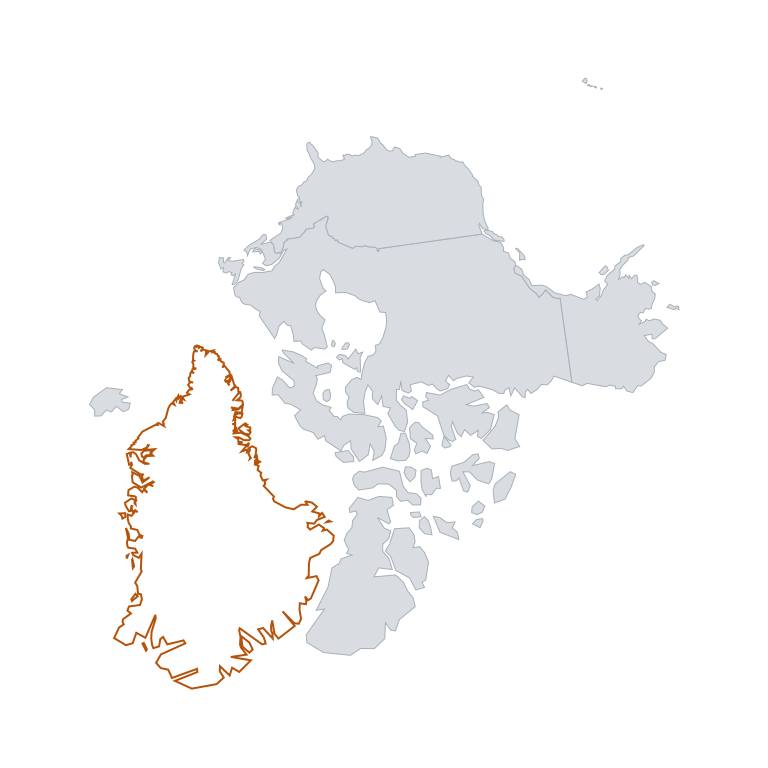 map of Greenland with Canada, United States of America and Iceland greyed out, rotated 172°
{"feature_id": "GRL", "entity_name": "Greenland", "entity_type": "country or territory", "adm_level": 0, "iso_a3": "GRL", "parent_name": "North America", "parent_adm1": "", "projection": "mercator", "projection_center": [-41.68, 71.708], "detail": "fine", "context": "with_neighbors", "style": "outline", "palette": "amber", "viewbox_px": 768, "rotation_deg": 172, "n_neighbors": 3, "source": "natural_earth", "source_scale": "50m", "svg_char_len": 18431}
<svg xmlns="http://www.w3.org/2000/svg" viewBox="0 0 768 768"><g transform="rotate(172 384 384)"><path d="M266.1,518.8L255.6,510.6L248.8,508.1L246.7,502.8L247.2,499.0L242.4,496.4L241.7,491.3L237.2,486.6L237.1,483.3L239.2,480.1L239.1,475.9L232.7,471.6L226.4,458.5L220.4,452.3L218.4,448.4L214.7,450.8L211.0,454.9L205.0,446.8L201.3,444.7L197.6,444.5L197.6,359.5L214.6,368.2L217.9,363.8L222.4,360.4L228.1,361.7L233.7,356.9L239.9,354.2L242.5,358.7L245.3,356.2L246.1,350.9L248.7,352.1L255.1,362.0L260.1,354.6L260.7,362.9L265.3,361.1L266.7,357.9L271.3,358.5L277.1,363.1L285.9,367.0L291.1,368.8L294.8,368.1L299.9,373.3L294.6,378.4L301.4,380.5L311.6,379.3L314.8,377.6L318.8,383.6L322.9,378.5L319.1,374.2L321.5,370.7L329.1,369.2L332.2,371.7L336.0,377.2L340.2,376.4L346.8,380.9L358.2,379.6L357.8,373.3L361.1,371.5L367.0,375.0L367.0,384.4L369.4,376.5L372.4,376.8L374.1,366.4L370.1,359.8L365.6,355.3L365.9,342.7L370.4,334.1L375.4,336.0L379.2,341.3L384.3,354.2L381.0,359.6L388.0,361.8L388.0,372.6L393.0,364.4L397.5,371.1L396.4,378.7L400.1,385.3L404.0,378.2L406.8,369.4L407.0,357.6L417.9,360.1L423.0,365.4L423.2,370.6L420.4,376.1L423.1,381.4L422.6,386.2L415.2,392.9L409.9,394.3L406.0,391.5L404.9,396.2L400.2,407.8L395.8,413.7L390.4,414.3L387.4,417.9L387.2,423.4L382.8,424.4L378.2,431.0L374.1,439.9L372.6,446.0L372.4,454.6L377.9,455.8L381.4,467.9L386.7,466.5L393.7,469.5L397.5,472.1L400.2,475.3L408.9,480.0L419.2,481.0L418.6,486.7L419.8,493.1L422.5,500.1L428.1,505.9L431.0,503.9L433.1,497.6L431.1,487.6L428.5,484.2L434.5,481.1L438.8,476.4L440.9,471.7L440.6,467.1L438.0,461.1L433.4,455.7L437.9,447.9L436.2,441.0L435.0,428.7L437.6,426.8L447.9,429.8L451.1,427.6L459.2,435.0L460.4,438.1L467.1,438.7L467.0,445.1L468.2,454.6L471.7,455.7L474.4,460.0L479.9,455.9L483.5,447.8L486.0,444.3L498.0,468.7L496.5,473.0L501.5,476.8L504.9,480.7L510.9,482.4L513.4,484.4L514.9,489.9L517.8,490.8L519.3,493.1L519.6,500.1L514.1,504.6L507.9,506.7L503.2,511.6L496.8,512.6L488.7,511.3L479.1,511.7L476.0,515.9L471.2,518.5L461.4,531.1L464.6,530.2L470.6,522.8L478.6,518.1L484.2,517.5L487.5,520.3L484.0,524.1L486.4,534.3L491.3,537.0L497.6,536.2L501.3,530.1L501.6,534.1L504.0,536.0L499.4,539.6L487.3,544.9L483.0,548.7L480.2,548.3L480.0,543.8L486.6,539.4L476.4,540.3L473.9,537.2L473.9,529.8L472.2,528.2L469.7,529.1L468.4,527.6L465.6,531.8L463.1,538.5L460.2,539.6L459.9,541.0L447.2,541.0L441.0,546.2L439.8,548.2L432.6,548.3L430.9,549.1L431.8,552.2L426.9,554.7L423.0,555.5L418.6,558.3L416.0,556.7L419.7,548.5L418.2,539.1L414.3,536.6L414.7,535.6L413.1,535.0L412.2,532.8L410.4,533.2L410.7,532.7L409.8,532.1L409.4,530.7L396.2,522.8L392.8,524.4L386.9,523.0L383.9,523.8L380.2,522.0L373.7,520.7L372.6,519.8L371.9,516.6L370.6,516.6L370.6,518.8L266.1,518.8ZM412.7,427.6L415.5,423.8L420.7,423.9L420.6,425.5L416.2,430.0L413.6,429.8L412.7,427.6ZM428.7,323.1L424.5,316.2L424.7,311.4L435.1,312.0L441.6,319.2L442.0,322.8L428.7,323.1ZM426.6,430.5L428.1,428.1L429.6,428.3L430.6,430.0L429.1,434.2L427.4,433.5L426.6,430.5ZM376.4,293.4L374.4,299.0L368.9,298.0L364.3,294.2L366.3,287.6L371.8,283.5L375.1,288.8L376.4,293.4ZM375.6,253.0L366.8,252.4L365.8,247.4L373.4,247.7L376.0,251.0L375.6,253.0ZM364.6,230.1L369.1,236.7L368.1,243.4L362.5,247.1L359.4,242.9L357.8,236.0L357.5,228.0L364.6,230.1ZM397.1,301.8L380.9,295.5L379.2,279.9L375.4,273.0L367.6,271.1L363.2,266.0L364.6,259.2L372.4,260.2L376.6,265.6L384.0,265.6L387.3,270.9L386.4,276.9L393.1,284.1L403.7,286.0L409.7,282.7L423.6,282.5L427.6,288.2L428.4,294.3L426.1,298.1L420.5,301.1L415.6,299.4L397.1,301.8ZM309.8,241.7L315.1,244.5L313.9,249.9L306.8,254.9L301.3,249.3L304.3,243.5L309.8,241.7ZM308.9,228.5L315.9,233.2L311.3,236.9L305.0,236.9L305.1,234.2L308.9,228.5ZM520.6,503.6L515.4,514.1L517.8,512.2L520.4,513.4L519.1,515.5L522.4,517.0L524.1,515.6L527.9,517.4L526.7,521.6L529.4,520.6L531.0,527.2L529.4,532.0L525.3,531.2L526.1,526.7L525.0,525.9L520.6,530.8L518.4,530.6L521.1,528.0L517.4,526.6L506.1,526.8L505.5,525.1L507.8,523.1L506.2,521.6L509.4,518.1L513.3,508.8L515.6,505.4L518.9,503.3L520.6,503.6ZM411.0,402.5L421.6,410.7L421.9,414.8L424.7,414.1L427.4,416.9L424.1,419.6L418.2,417.6L416.1,413.7L407.0,422.6L405.7,417.7L400.6,418.5L403.8,414.3L405.6,399.1L408.3,399.9L409.0,403.9L411.0,402.5ZM432.4,328.8L436.0,323.8L449.6,335.9L450.1,341.1L457.1,338.5L461.0,345.9L470.1,350.5L473.4,355.0L477.0,365.1L470.1,370.0L478.9,376.7L484.9,378.9L490.4,388.0L496.3,388.6L495.1,395.2L488.5,405.8L483.9,402.0L477.9,393.1L473.0,394.3L472.6,399.6L483.2,411.3L485.7,419.8L484.4,425.8L470.1,416.8L479.4,429.0L480.0,431.8L469.8,428.6L461.7,423.8L457.1,419.7L458.4,417.3L447.3,408.7L447.4,411.2L436.5,412.6L433.3,409.6L435.7,403.1L450.6,401.7L449.3,398.5L450.7,393.8L455.5,384.5L453.1,376.7L447.3,371.7L439.6,368.2L442.0,365.5L438.0,358.9L434.7,358.2L431.7,354.5L429.7,357.7L422.9,359.1L409.1,356.7L395.0,351.7L391.9,347.8L395.9,342.5L390.5,342.4L389.3,330.2L392.2,318.9L396.1,313.5L405.8,309.9L403.0,318.5L406.0,326.5L409.5,316.1L419.1,310.7L425.5,324.2L425.0,332.4L432.4,328.8ZM373.1,305.4L380.9,305.9L388.1,309.2L382.5,321.0L378.0,323.5L374.0,332.8L369.7,332.4L367.3,321.3L367.4,314.8L369.3,309.1L373.1,305.4ZM266.1,276.2L272.5,264.2L280.2,253.1L291.2,250.8L290.7,263.9L287.8,269.6L271.2,279.6L266.1,276.2ZM228.9,488.2L232.5,487.7L231.4,494.9L234.7,499.9L233.2,499.9L227.6,492.2L226.9,489.5L227.1,487.4L228.9,488.2ZM331.6,219.5L349.2,229.4L353.6,246.1L347.4,244.1L341.2,238.1L332.8,237.4L336.4,231.8L331.9,227.1L331.6,219.5ZM263.6,521.7L261.7,522.4L255.5,519.9L254.4,517.8L251.0,515.8L250.3,514.1L246.4,513.1L245.0,509.9L245.3,508.5L255.1,511.3L258.3,516.1L262.0,518.5L263.6,521.7ZM271.0,301.0L276.4,303.9L286.1,304.7L293.8,314.3L279.8,326.7L275.1,335.3L275.1,340.5L265.2,346.2L263.2,341.0L254.5,334.7L262.0,311.6L258.3,303.2L271.0,301.0ZM322.8,280.5L326.2,277.9L330.1,278.5L330.8,286.0L328.5,293.1L315.7,295.3L306.2,301.5L300.5,301.8L300.0,297.2L307.8,290.8L290.8,292.5L285.5,289.9L290.6,274.9L294.2,270.5L304.8,275.9L311.5,285.0L318.1,286.1L312.7,271.3L316.2,265.3L320.1,267.2L322.8,280.5ZM327.7,319.6L331.9,324.8L335.5,345.1L348.6,356.1L348.2,360.9L342.0,361.7L344.4,365.8L343.2,369.7L329.8,365.2L318.4,369.4L302.1,371.9L300.0,367.0L294.9,364.1L291.5,365.3L286.9,356.8L305.5,352.2L298.2,349.6L284.8,350.3L282.8,346.1L291.5,341.4L285.7,341.6L279.1,338.4L284.9,324.3L295.0,316.5L298.9,319.0L297.0,325.0L305.4,321.1L310.6,327.6L314.9,321.1L318.3,325.3L321.4,337.3L323.3,332.3L320.6,319.4L324.0,317.5L327.7,319.6ZM350.7,324.3L346.5,315.9L351.0,309.4L355.5,312.2L362.2,310.5L363.2,314.4L359.7,320.7L365.4,326.2L364.7,337.2L358.5,341.8L354.9,340.8L352.3,336.3L342.9,326.8L343.0,322.7L350.7,324.3ZM327.4,312.7L332.5,312.1L335.3,315.1L332.0,323.6L326.1,314.5L327.4,312.7ZM358.0,266.5L360.9,274.0L361.0,282.0L359.3,293.1L353.1,294.6L349.0,292.3L349.1,283.6L342.9,284.8L342.6,272.8L346.7,273.3L352.4,267.7L357.7,268.7L358.0,266.5ZM364.7,201.3L370.0,184.1L373.8,182.4L372.2,176.9L381.0,175.6L385.8,188.5L398.3,197.7L401.3,212.0L405.9,218.7L400.7,224.7L393.7,239.2L379.2,238.1L375.2,230.4L375.2,223.2L378.2,217.9L371.3,218.0L367.1,211.1L364.7,201.3ZM384.1,159.2L401.5,148.6L407.1,137.9L411.7,139.4L415.8,147.5L418.7,131.7L430.4,123.3L444.0,125.4L454.9,120.0L481.3,126.5L496.3,138.6L496.1,146.3L474.4,169.4L482.6,169.3L467.6,190.9L461.1,209.1L453.3,212.6L450.9,216.8L439.5,219.0L444.7,221.6L442.1,225.1L445.2,234.7L441.6,241.1L435.8,246.3L434.0,253.2L428.7,258.3L429.2,262.2L435.7,261.5L435.8,265.6L425.7,275.3L415.8,270.9L404.7,273.4L392.0,270.6L391.5,262.7L398.5,258.9L396.6,246.3L398.9,245.0L409.0,252.7L403.9,241.2L397.8,237.6L400.8,230.2L407.5,225.6L408.6,218.6L403.3,210.4L401.6,199.2L414.9,202.6L420.8,194.4L399.1,193.3L392.5,185.3L389.3,175.5L384.9,168.1L384.1,159.2ZM445.9,382.9L443.4,385.8L439.2,386.3L438.2,381.5L439.8,375.9L443.3,374.5L446.2,377.3L445.9,382.9ZM366.5,361.9L368.8,366.0L366.4,369.6L361.3,366.5L358.2,367.6L353.1,362.9L359.1,354.7L366.5,361.9ZM486.2,513.8L487.5,513.3L492.5,514.8L496.4,517.2L496.5,518.2L489.7,516.5L486.2,513.8ZM488.1,529.9L489.5,532.6L495.7,533.2L493.8,535.4L492.4,535.8L487.7,533.5L486.7,531.6L488.1,529.9Z" fill="#d9dde1" stroke="#a8b0b8" stroke-width="1"/><path d="M266.1,518.8L370.6,518.8L370.6,516.6L371.9,516.6L372.6,519.8L373.7,520.7L380.2,522.0L383.9,523.8L386.9,523.0L392.8,524.4L396.2,522.8L409.4,530.7L409.8,532.1L410.7,532.7L410.4,533.2L412.2,532.8L413.1,535.0L414.7,535.6L414.3,536.6L418.2,539.1L419.7,548.5L416.0,556.2L416.4,557.5L417.7,558.3L431.8,552.2L430.9,549.1L432.6,548.3L439.8,548.2L441.0,546.2L447.2,541.0L459.9,541.0L460.2,539.6L463.1,538.5L465.6,531.8L468.4,527.6L469.7,529.1L472.2,528.2L473.9,529.8L473.9,537.2L477.0,542.0L465.1,547.9L462.5,552.2L462.4,554.9L463.7,557.6L465.2,557.7L464.9,555.9L466.0,557.0L465.7,558.5L454.7,560.5L451.5,562.0L457.1,561.1L458.2,562.0L452.9,563.5L450.5,563.5L450.6,562.9L449.5,564.3L450.6,564.5L449.8,568.0L447.0,571.8L446.8,570.6L444.7,569.1L445.5,571.7L446.4,572.6L446.5,574.4L443.1,580.1L444.0,576.6L442.0,574.8L441.6,570.8L440.9,572.9L441.7,575.9L439.2,575.2L441.8,576.7L441.9,581.2L443.0,581.6L443.9,587.9L441.5,591.3L437.6,592.7L435.2,595.3L433.3,595.6L431.4,597.3L430.8,598.8L426.7,601.7L422.8,606.5L422.2,609.6L422.9,612.6L425.8,619.4L425.8,621.3L427.6,626.2L427.3,630.7L426.4,633.2L425.2,633.8L423.4,633.2L422.8,631.4L421.4,630.5L417.0,621.9L417.8,619.1L416.8,616.7L413.8,613.1L412.3,612.4L408.5,614.4L406.0,612.1L403.7,611.1L399.4,611.6L396.0,611.1L391.6,612.1L392.3,613.3L392.2,615.0L393.0,615.9L392.3,616.5L390.9,615.8L389.5,616.6L386.7,616.5L383.9,614.2L380.6,614.8L377.9,613.7L372.4,615.1L368.9,618.3L365.2,620.1L363.1,622.2L362.3,624.1L362.2,627.0L363.1,630.5L361.7,630.6L356.0,628.4L354.1,623.4L351.9,621.0L348.7,615.5L346.1,613.8L343.0,613.8L340.6,617.3L337.5,616.0L335.5,614.7L333.3,610.0L327.8,605.1L321.2,605.1L321.2,606.9L310.7,606.9L296.4,601.7L296.8,600.8L287.7,601.6L287.1,599.3L284.6,596.7L282.8,596.2L282.4,594.9L280.3,594.6L279.0,593.4L275.5,593.0L274.5,592.2L274.0,589.7L270.4,585.0L267.2,578.5L267.4,577.4L262.8,571.7L262.3,567.8L260.3,565.1L261.1,560.9L260.9,556.6L259.7,552.7L261.2,547.8L262.1,538.2L261.5,530.9L259.2,523.5L259.6,522.4L265.1,524.3L267.1,529.6L268.0,528.1L266.1,518.8ZM197.6,359.5L197.6,444.5L201.3,444.7L205.0,446.8L211.0,454.9L214.7,450.8L218.4,448.4L220.4,452.3L226.4,458.5L232.7,471.6L239.1,475.9L239.2,480.1L237.1,483.3L231.7,478.7L230.6,472.8L225.8,467.3L223.7,460.6L214.1,460.0L209.7,457.9L201.9,450.3L191.7,446.2L186.4,446.8L174.5,440.0L170.3,441.7L171.1,447.0L164.7,449.0L157.2,453.1L156.6,448.7L158.3,441.3L162.3,438.9L161.3,436.9L156.5,441.3L153.9,446.3L148.5,451.7L151.2,455.2L147.7,460.4L139.8,465.5L138.9,468.6L133.0,472.2L131.8,475.4L127.4,478.2L124.8,477.7L114.3,484.0L107.8,485.9L107.2,484.8L119.1,476.0L123.8,475.3L125.6,472.5L130.9,468.4L134.5,464.5L135.1,459.1L137.1,454.8L132.7,457.0L131.5,455.8L129.4,458.4L127.0,454.7L126.0,457.4L124.5,453.7L120.8,456.6L118.5,456.6L118.1,452.3L118.8,449.6L116.4,446.9L111.5,448.3L105.7,443.0L105.7,438.6L102.8,435.2L104.2,430.6L107.3,426.1L108.7,421.8L111.7,421.2L114.3,422.6L117.4,418.5L120.1,419.2L123.0,416.6L122.3,412.7L120.2,411.1L123.0,407.7L116.6,409.7L115.5,411.7L112.5,409.7L107.2,410.7L101.6,408.6L100.1,405.0L95.3,399.8L109.0,391.3L112.1,391.3L111.6,396.0L119.6,395.7L116.5,389.8L111.8,386.1L105.5,377.0L100.4,373.8L102.5,368.3L109.2,368.0L113.9,363.2L114.8,357.9L118.7,352.6L129.5,346.3L133.0,347.0L138.8,340.8L144.5,343.3L147.2,348.5L148.9,346.3L155.3,347.0L155.1,349.6L160.8,351.5L164.7,350.4L182.8,356.4L187.8,354.6L197.6,359.5ZM81.6,416.5L83.9,418.1L86.3,417.2L93.1,420.6L89.9,423.3L85.6,419.9L82.3,420.4L81.4,419.7L81.6,416.5ZM143.2,654.2L145.5,656.5L142.2,658.9L141.2,658.3L140.7,655.7L141.6,654.6L141.5,653.4L143.2,654.2ZM141.0,651.4L139.4,652.2L138.3,650.8L138.7,650.4L141.0,651.4ZM138.1,649.8L138.0,650.2L136.0,650.1L136.3,649.6L138.1,649.8ZM133.3,647.6L134.7,649.2L134.5,649.4L133.0,649.2L132.3,648.1L133.3,647.6ZM128.3,645.6L127.9,646.9L126.6,646.2L127.4,645.5L128.3,645.6ZM101.5,443.9L104.5,444.6L104.8,447.5L102.5,448.7L97.8,445.2L101.5,443.9ZM151.4,461.7L153.9,462.2L155.5,464.4L148.5,470.3L146.6,468.5L146.0,465.3L151.4,461.7Z" fill="#d9dde1" stroke="#a8b0b8" stroke-width="1"/><path d="M675.0,392.5L674.1,398.5L678.4,404.7L673.5,411.4L659.3,418.9L643.8,414.9L647.5,411.1L639.3,406.8L646.0,405.1L645.8,402.4L637.9,400.3L640.5,394.3L646.2,392.9L652.1,399.2L657.8,394.2L662.6,396.8L668.7,391.8L675.0,392.5Z" fill="#d9dde1" stroke="#a8b0b8" stroke-width="1"/><path d="M616.7,109.1L632.4,119.1L609.0,124.7L608.8,127.9L634.9,122.4L637.4,131.1L644.7,133.8L648.5,139.6L642.5,147.3L616.9,154.8L618.2,158.0L634.8,156.3L638.0,164.3L641.1,162.4L643.2,155.5L649.2,154.5L650.0,158.1L649.9,164.4L648.6,171.1L642.7,183.7L642.5,187.2L655.6,165.9L663.9,172.1L668.9,162.3L676.0,161.3L686.6,170.0L680.2,179.8L675.2,182.1L676.0,185.0L675.0,187.5L666.5,192.0L669.6,195.3L667.5,199.2L656.4,199.1L653.7,204.5L654.0,209.6L656.7,210.5L656.5,218.5L658.1,221.9L650.0,232.2L650.6,234.1L647.7,249.7L651.0,246.0L656.2,249.5L656.9,251.9L651.7,251.3L653.4,255.6L660.1,257.5L660.7,259.7L660.5,263.2L659.5,265.8L652.4,263.2L648.2,267.1L645.4,265.3L644.4,267.2L647.2,268.9L648.6,273.8L654.8,276.2L654.4,278.1L656.1,281.8L656.5,285.8L656.0,290.5L652.4,288.5L648.0,292.8L645.8,291.4L647.9,293.7L650.5,292.1L651.3,296.0L650.3,298.1L651.0,298.4L652.7,293.5L654.3,293.5L656.9,299.7L657.0,302.5L650.0,305.8L646.9,303.9L647.6,300.6L646.8,299.4L646.8,301.9L645.4,303.3L646.0,304.4L645.4,306.4L646.2,307.4L652.9,309.3L651.8,314.5L645.4,317.1L642.0,315.4L638.6,310.5L636.6,312.7L633.4,309.3L636.2,313.5L631.4,317.3L626.8,314.9L629.6,317.3L625.7,318.8L626.5,319.7L638.7,315.2L646.6,321.6L646.4,328.2L645.6,328.9L645.6,331.7L638.9,326.9L636.8,320.1L629.1,324.2L636.1,321.8L636.5,326.9L634.6,328.3L637.0,327.9L646.9,336.2L644.8,339.1L644.9,340.5L645.1,342.1L645.6,339.9L647.6,339.4L648.5,350.4L645.3,351.2L645.1,346.6L644.1,351.4L641.7,351.3L639.3,349.0L637.0,342.4L632.0,338.3L627.5,337.6L632.2,339.4L632.9,341.9L628.9,345.6L622.6,345.1L624.1,346.9L623.5,349.0L620.0,351.4L629.7,351.9L625.5,356.0L626.4,356.4L627.7,354.1L633.4,352.4L645.9,355.1L642.6,357.6L642.7,358.6L639.7,359.2L640.1,360.8L638.0,360.9L638.0,362.4L634.7,364.3L635.0,365.4L629.8,370.5L615.8,375.4L613.8,374.9L614.2,376.2L612.8,376.8L607.7,373.0L608.3,374.8L607.6,375.2L608.3,377.5L604.8,380.8L601.0,389.9L599.0,392.7L596.9,394.4L594.4,392.6L595.3,395.4L592.4,398.3L591.9,396.7L591.4,398.7L589.9,397.9L587.2,400.5L586.3,399.4L589.0,393.9L585.7,393.1L587.3,394.3L585.8,397.6L584.4,396.6L585.6,399.4L578.1,400.8L580.4,402.8L577.8,405.4L574.7,405.5L575.1,407.0L576.3,406.6L578.1,410.4L575.8,412.7L572.8,412.0L576.4,413.5L576.7,417.0L574.8,418.8L574.6,420.8L573.5,422.5L570.6,421.3L572.6,423.3L571.6,425.2L567.7,425.4L570.6,426.6L570.0,430.0L570.8,432.4L569.0,433.5L570.0,433.8L568.5,440.9L567.3,442.8L564.0,442.3L566.6,443.8L567.0,446.3L566.2,447.4L563.8,446.6L565.0,447.9L564.0,448.2L562.1,447.4L562.8,444.7L561.4,446.7L558.5,445.3L558.5,444.0L560.0,443.3L560.8,441.7L558.5,443.4L556.0,442.1L555.6,440.9L556.6,437.4L552.8,440.6L547.9,440.9L549.4,439.2L547.1,439.1L547.0,437.7L545.1,437.0L544.6,435.0L543.7,434.5L544.1,433.7L543.4,432.1L545.5,430.6L542.5,431.2L542.7,429.4L539.8,427.4L539.9,425.4L541.8,422.7L539.6,424.5L535.5,417.7L535.2,414.5L540.0,412.8L539.2,412.8L539.4,411.9L535.2,413.8L534.6,412.8L536.4,409.7L538.4,408.7L539.7,408.7L541.0,410.7L540.6,408.5L539.1,407.9L537.4,404.0L538.3,407.6L536.4,409.1L536.7,407.7L536.3,408.0L533.8,412.7L532.5,404.4L531.5,402.9L536.9,398.8L531.4,401.7L529.0,400.5L529.3,396.9L528.2,396.3L536.4,388.4L529.6,394.9L527.4,395.3L527.3,392.9L528.1,390.6L532.0,388.4L527.1,387.4L526.4,386.0L526.7,383.2L531.6,379.8L538.7,382.1L536.6,380.5L537.4,379.3L532.2,379.0L526.9,381.9L529.1,375.3L535.0,376.9L536.6,373.5L532.7,375.2L528.3,374.4L529.6,371.2L531.2,370.2L534.9,372.0L536.8,371.3L538.0,369.3L536.3,369.8L536.9,365.7L539.9,365.3L537.0,364.9L538.0,360.0L539.7,358.6L539.1,357.0L539.8,356.0L532.5,355.7L525.9,351.6L523.9,348.5L525.3,347.1L530.5,347.9L535.3,351.4L538.5,351.9L536.0,349.7L536.3,346.7L534.3,344.9L537.2,345.0L529.7,342.9L529.3,341.4L534.3,337.0L528.0,338.2L529.2,335.5L528.4,335.7L526.7,329.5L527.2,328.6L526.2,329.2L528.0,334.4L525.9,337.3L526.1,339.6L523.3,340.7L519.9,338.5L519.6,336.9L521.0,331.8L522.8,328.7L520.0,330.9L519.8,329.4L521.0,328.8L519.9,327.5L522.4,326.0L523.1,322.2L519.6,320.5L521.1,316.3L518.0,313.2L519.0,310.5L517.5,305.5L513.7,305.6L515.7,304.3L515.7,301.3L517.4,299.9L508.7,287.9L509.9,285.6L508.9,282.9L498.8,275.6L490.9,272.5L483.0,276.0L476.6,275.0L478.1,278.4L477.5,278.6L471.9,276.6L467.5,271.8L472.7,267.7L466.0,264.8L466.7,262.1L463.2,264.9L461.2,260.7L469.4,258.6L472.6,255.4L479.2,257.1L478.9,255.2L479.6,253.1L477.5,250.1L468.0,253.9L463.4,249.5L465.1,247.3L460.8,247.8L454.9,240.9L456.2,235.5L459.3,232.8L469.3,228.3L471.7,224.8L481.3,222.0L483.3,216.7L485.2,204.8L487.5,202.6L477.5,203.1L476.1,198.6L486.2,181.9L489.2,180.5L491.7,184.6L491.1,179.9L492.0,176.8L497.9,178.6L499.1,172.1L498.8,163.1L501.7,158.5L506.0,159.5L516.1,173.0L506.1,156.8L523.9,146.6L527.2,151.8L527.6,165.5L529.6,159.8L530.0,155.3L529.3,153.1L529.6,147.4L537.7,159.2L542.8,158.5L538.3,149.8L537.3,143.5L540.9,143.1L560.9,162.2L561.7,160.4L561.3,153.5L562.8,146.1L562.4,143.1L557.8,135.1L573.6,135.0L554.3,128.9L567.4,119.0L573.9,124.2L577.4,116.8L585.7,127.4L586.6,122.3L583.5,115.6L591.6,110.1L616.7,109.1ZM528.6,354.0L533.3,358.4L533.9,360.6L526.9,364.3L525.2,362.8L527.2,362.2L526.6,361.3L522.5,359.5L523.0,356.9L524.7,357.0L522.8,354.9L524.5,352.8L528.6,354.0ZM633.7,345.9L633.9,349.0L630.8,351.3L623.9,350.9L625.5,346.0L629.3,346.5L632.3,344.5L633.7,345.9ZM560.4,154.1L553.3,146.7L551.0,139.4L554.6,136.7L560.2,142.9L560.8,145.2L560.4,154.1ZM664.1,206.1L659.3,210.8L657.5,208.0L663.8,204.2L664.1,206.1ZM661.8,287.1L662.2,290.1L664.1,292.6L658.4,292.1L658.6,288.4L661.8,287.1ZM659.6,277.4L657.7,271.3L657.8,267.0L659.0,267.8L659.6,277.4ZM522.1,323.2L520.0,326.1L517.6,324.2L521.4,322.6L522.1,323.2ZM659.3,160.5L657.9,161.0L655.7,154.2L656.8,153.0L659.3,160.5ZM537.2,361.2L536.4,361.2L535.9,357.9L538.5,358.0L537.2,361.2ZM658.0,244.9L657.5,245.6L656.8,238.1L658.3,236.6L658.0,244.9ZM460.1,255.2L457.9,256.5L456.1,255.3L460.1,255.2ZM528.1,343.2L526.3,344.0L526.1,343.5L527.5,341.5L528.1,343.2ZM662.8,249.7L661.0,250.4L663.0,247.0L662.8,249.7ZM555.4,439.6L554.7,441.8L553.1,440.9L555.4,439.6ZM534.7,346.7L533.0,346.5L532.9,346.1L533.6,345.3L534.7,346.7ZM590.3,399.8L589.4,401.0L589.3,399.5L590.3,399.8Z" fill="none" stroke="#b45309" stroke-width="2"/></g></svg>